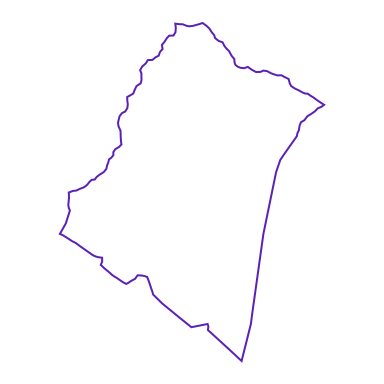 outline of Olindina, Bahia, Brazil
{"feature_id": "56859067B31998944625923", "entity_name": "Olindina", "entity_type": "district", "adm_level": 2, "iso_a3": "BRA", "parent_name": "Brazil", "parent_adm1": "Bahia", "projection": "orthographic", "projection_center": [-38.373, -11.445], "detail": "fine", "context": "isolated", "style": "outline", "palette": "violet", "viewbox_px": 384, "rotation_deg": 0, "n_neighbors": 0, "source": "geoboundaries", "source_scale": "gbopen_adm2", "svg_char_len": 2220}
<svg xmlns="http://www.w3.org/2000/svg" viewBox="0 0 384 384"><path d="M324.1,104.8L321.6,103.2L317.8,100.7L313.5,97.5L310.3,95.6L307.7,93.7L305.0,93.5L302.0,92.2L298.7,90.3L294.8,88.5L291.1,86.0L289.8,83.4L288.6,79.0L284.5,77.0L281.5,75.3L277.4,75.4L273.6,74.2L270.9,73.2L267.0,71.1L263.4,70.6L260.5,71.9L256.0,72.0L251.7,69.7L247.8,66.9L244.1,68.2L240.6,67.8L237.9,66.8L235.5,65.0L234.5,62.4L234.3,59.1L231.6,55.8L229.0,51.0L226.2,48.3L224.3,45.8L222.6,42.3L218.6,40.9L215.1,38.1L214.1,35.0L211.7,32.2L209.5,28.7L206.6,25.9L202.6,23.0L199.1,24.2L196.4,24.9L193.3,25.8L189.2,26.3L186.6,25.8L182.8,24.3L179.5,24.2L175.3,23.7L175.8,27.8L175.5,32.1L173.5,35.5L169.1,35.7L166.7,38.4L164.5,41.8L161.9,45.0L162.6,48.9L159.9,52.1L158.7,55.7L155.7,57.2L152.4,59.9L147.8,60.1L145.7,63.5L142.2,66.5L140.1,70.2L141.4,73.2L141.4,76.1L141.5,80.2L140.6,83.4L136.5,86.1L134.8,89.7L133.3,93.5L130.9,95.0L127.2,97.0L127.3,100.7L127.8,104.2L127.3,108.2L125.2,111.5L122.0,113.1L119.6,116.2L118.7,119.6L118.0,122.9L118.5,126.3L120.5,130.6L120.7,135.9L120.9,140.3L121.4,144.5L119.1,146.9L115.3,149.2L113.3,152.2L113.4,155.1L111.3,157.7L109.0,159.4L108.3,162.5L107.1,165.4L106.4,168.8L103.7,172.1L99.6,174.7L96.7,176.9L94.8,179.5L91.7,179.8L89.4,182.0L86.9,185.1L83.9,187.3L79.5,189.0L76.2,190.6L73.0,190.9L68.8,192.5L69.0,197.5L68.6,201.9L68.3,205.1L68.8,207.9L69.9,210.5L65.8,223.5L59.9,233.9L62.6,235.1L65.4,236.8L69.2,239.2L72.5,241.4L75.4,242.8L77.7,244.4L80.2,246.3L83.9,248.9L87.3,251.3L90.2,253.3L92.7,255.1L95.7,256.5L98.3,257.2L102.1,257.7L102.2,261.5L100.8,264.9L103.6,267.6L105.9,269.6L108.0,271.3L110.1,273.1L112.1,274.9L114.5,276.6L117.0,278.1L120.3,280.4L123.1,282.3L126.2,283.9L128.6,282.7L131.0,281.0L135.1,278.8L137.6,275.3L141.4,275.5L144.1,275.9L147.2,277.0L148.7,280.9L149.8,284.1L151.0,287.8L152.3,291.5L153.2,294.6L162.1,303.4L180.8,318.7L191.4,327.2L207.6,324.0L208.4,326.6L207.9,330.0L230.0,350.2L241.6,361.0L243.9,351.8L246.7,340.7L250.9,323.9L252.0,315.2L262.5,240.3L263.4,233.9L276.1,172.1L280.3,159.9L284.5,153.7L296.9,136.1L297.4,133.2L298.9,130.2L299.6,125.6L301.0,122.2L304.4,120.2L307.4,116.2L311.4,113.8L314.8,111.4L317.9,108.3L321.6,106.7L324.1,104.8Z" fill="none" stroke="#5b21b6" stroke-width="2"/></svg>